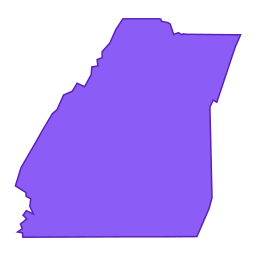 Somerset, Pennsylvania, United States of America (orthographic projection)
{"feature_id": "52423323B4372132198351", "entity_name": "Somerset", "entity_type": "district", "adm_level": 2, "iso_a3": "USA", "parent_name": "United States of America", "parent_adm1": "Pennsylvania", "projection": "orthographic", "projection_center": [-79.093, 40.003], "detail": "fine", "context": "isolated", "style": "filled", "palette": "violet", "viewbox_px": 256, "rotation_deg": 0, "n_neighbors": 0, "source": "geoboundaries", "source_scale": "gbopen_adm2", "svg_char_len": 762}
<svg xmlns="http://www.w3.org/2000/svg" viewBox="0 0 256 256"><path d="M196.9,236.6L209.1,208.5L212.0,197.6L209.9,107.1L213.2,100.1L216.8,102.2L235.2,47.1L240.6,34.8L187.2,34.3L184.5,34.3L184.1,33.8L183.0,33.9L182.1,34.8L178.4,32.7L173.6,34.4L170.2,24.0L167.9,22.6L161.7,21.4L160.8,19.1L159.4,18.8L122.9,18.8L116.0,29.3L109.8,43.1L102.1,51.7L102.2,57.6L97.1,59.6L97.9,66.0L91.8,66.9L91.2,74.6L84.6,86.7L77.1,83.2L72.3,91.2L63.6,95.0L57.0,109.7L52.4,113.6L41.5,132.0L36.4,141.1L21.0,167.7L15.4,185.9L25.9,192.5L26.1,196.3L30.8,198.8L29.8,206.2L33.4,214.0L26.4,210.6L23.0,215.3L26.8,218.8L20.5,224.0L22.2,228.8L17.5,232.0L22.6,232.9L22.7,237.2L122.9,236.8L126.1,236.8L160.2,236.8L161.1,236.8L196.9,236.6Z" fill="#8b5cf6" stroke="#5b21b6" stroke-width="1.5"/></svg>